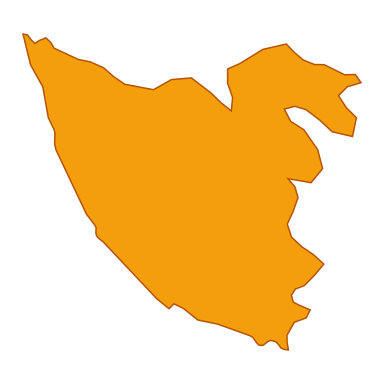 outline of Gālla
{"feature_id": "LKA-2464", "entity_name": "Gālla", "entity_type": "District", "adm_level": 1, "iso_a3": "LKA", "parent_name": "Sri Lanka", "parent_adm1": "", "projection": "mercator", "projection_center": [80.274, 6.202], "detail": "fine", "context": "isolated", "style": "filled", "palette": "amber", "viewbox_px": 384, "rotation_deg": 0, "n_neighbors": 0, "source": "natural_earth", "source_scale": "10m", "svg_char_len": 1426}
<svg xmlns="http://www.w3.org/2000/svg" viewBox="0 0 384 384"><path d="M288.3,350.0L284.1,349.4L281.0,348.0L278.8,344.9L276.0,341.8L270.8,340.4L267.8,341.5L265.4,343.6L262.8,345.4L259.4,345.3L258.2,344.4L257.1,343.4L252.9,337.5L250.9,336.2L250.4,335.9L245.7,334.2L217.6,324.1L206.0,321.7L197.8,320.0L183.5,308.5L180.3,306.9L174.0,303.9L173.9,303.8L169.1,308.7L156.8,298.8L103.2,241.9L98.8,238.4L98.7,238.4L98.2,237.8L96.7,236.0L95.9,233.2L96.1,227.6L94.5,224.7L92.2,221.7L86.3,213.9L55.9,149.7L54.6,143.5L54.8,138.0L54.9,132.5L54.9,132.4L53.8,129.1L48.3,117.7L42.8,86.8L30.6,65.0L23.0,34.0L27.6,35.0L31.2,39.9L35.0,43.5L39.3,40.5L45.9,37.9L50.8,42.5L54.1,48.2L78.2,59.4L90.3,61.9L103.4,67.6L114.0,76.9L124.9,84.3L153.5,89.7L171.4,79.6L191.4,77.9L210.9,92.9L221.0,102.7L231.3,110.9L232.6,97.6L227.6,83.2L227.6,69.0L239.8,63.6L262.8,49.4L286.3,44.0L294.3,52.4L303.3,60.0L314.4,64.5L324.2,64.7L344.7,74.8L355.3,74.5L361.0,82.7L347.4,86.7L338.5,95.7L346.3,107.6L356.4,117.8L352.5,136.5L332.2,131.8L319.6,120.0L305.7,109.5L294.8,106.3L284.3,109.1L290.7,121.4L303.8,129.7L317.7,149.7L322.6,168.6L311.1,182.7L288.0,178.7L294.9,186.8L298.0,197.6L293.2,211.3L287.3,224.1L291.5,237.1L301.7,246.7L313.5,254.7L323.8,264.1L314.9,274.8L304.4,285.5L295.3,289.1L291.4,295.3L293.4,302.2L298.6,304.9L310.2,309.9L306.2,317.9L294.3,322.3L287.0,335.2L287.1,342.4L288.3,349.4L288.3,350.0Z" fill="#f59e0b" stroke="#b45309" stroke-width="1.5"/></svg>